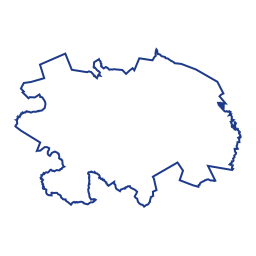 outline of Valle de Zaragoza, Chihuahua, Mexico
{"feature_id": "50627088B5175300489414", "entity_name": "Valle de Zaragoza", "entity_type": "district", "adm_level": 2, "iso_a3": "MEX", "parent_name": "Mexico", "parent_adm1": "Chihuahua", "projection": "orthographic", "projection_center": [-105.86, 27.48], "detail": "fine", "context": "isolated", "style": "outline", "palette": "blue", "viewbox_px": 256, "rotation_deg": 0, "n_neighbors": 0, "source": "geoboundaries", "source_scale": "gbopen_adm2", "svg_char_len": 5793}
<svg xmlns="http://www.w3.org/2000/svg" viewBox="0 0 256 256"><path d="M233.1,168.9L232.0,168.4L232.0,167.1L232.8,165.4L229.6,164.5L230.3,163.6L231.7,163.0L231.8,161.4L232.8,161.4L233.4,160.9L233.5,160.2L233.1,158.5L234.5,157.1L234.2,155.7L235.8,154.0L236.0,152.8L235.0,151.6L234.6,148.8L235.2,148.7L236.8,149.1L237.8,148.8L236.8,147.0L236.6,145.7L237.2,144.9L237.5,142.2L239.4,142.1L239.2,141.1L239.3,139.6L238.2,137.7L238.9,137.4L240.0,137.7L240.6,137.1L239.8,136.6L240.4,135.5L239.1,133.5L239.0,133.0L239.6,132.9L239.8,131.9L237.7,130.1L237.9,129.2L236.6,129.2L236.2,129.8L236.3,129.2L235.4,129.7L234.9,128.7L234.3,129.0L233.7,128.3L234.2,127.9L234.6,128.1L235.2,127.5L234.9,127.0L235.3,126.9L235.0,125.4L235.9,123.5L235.3,123.0L235.5,122.8L235.0,122.2L234.8,122.2L234.7,122.9L234.9,123.7L234.3,125.4L233.9,125.5L234.0,126.1L233.0,127.1L232.7,126.6L231.9,126.8L231.8,126.5L232.2,126.1L231.8,126.0L231.8,125.6L232.3,125.0L231.3,123.3L231.5,122.9L231.4,122.5L230.7,121.7L231.3,121.2L232.8,120.9L232.9,120.5L233.6,120.0L231.6,119.2L231.9,116.9L231.2,115.5L230.5,115.1L230.7,114.8L229.4,115.1L230.7,113.6L230.2,112.7L230.6,112.4L230.4,112.5L230.6,112.0L229.6,111.4L229.4,111.7L228.2,111.4L228.0,111.8L226.5,111.2L225.8,111.6L224.9,111.4L224.0,110.7L222.9,109.4L223.3,109.0L223.1,108.6L223.6,108.4L223.5,107.7L222.8,107.9L223.4,106.7L223.7,106.7L223.7,105.4L222.7,107.0L222.3,106.7L222.5,106.0L223.1,105.6L223.1,104.8L222.2,105.8L222.1,105.0L222.4,104.3L222.0,104.7L221.6,104.3L221.9,105.3L221.9,107.7L221.5,107.9L220.9,106.8L220.4,106.7L220.4,105.9L220.1,106.2L219.7,105.9L220.6,103.8L219.4,105.0L218.7,104.8L218.6,104.0L218.9,103.8L218.8,103.6L219.1,103.0L218.2,103.2L218.1,102.9L225.6,103.5L219.5,96.3L221.2,94.6L223.4,93.5L217.4,81.8L196.0,69.5L181.2,63.9L174.6,63.2L173.9,62.3L170.3,60.4L168.0,58.6L165.5,58.1L165.2,57.2L164.6,56.9L161.6,56.2L159.7,54.3L157.9,54.1L157.3,52.0L157.2,50.4L156.4,49.4L155.8,51.1L155.5,53.6L155.8,55.8L154.4,57.0L152.5,60.3L139.3,58.3L134.3,70.3L132.6,68.2L129.5,70.6L126.1,73.9L122.3,70.0L113.6,69.2L112.5,69.6L110.7,69.4L109.3,69.7L107.9,68.2L105.9,67.0L103.7,68.4L101.2,66.4L101.5,65.6L101.1,65.2L101.1,64.8L101.4,63.9L100.6,62.8L100.6,61.5L99.3,60.2L99.0,59.2L94.1,62.3L93.7,67.5L94.5,67.8L94.9,67.6L97.4,70.5L99.2,71.6L99.9,72.7L99.1,74.2L100.2,75.7L98.1,75.3L97.0,78.2L95.4,76.9L94.8,75.8L94.0,76.0L93.5,74.6L91.1,72.0L88.7,71.4L87.2,72.2L71.8,69.8L65.3,53.6L40.0,64.6L44.2,78.2L30.8,82.0L23.8,83.0L20.9,88.5L23.8,91.6L22.6,92.4L28.5,98.2L29.7,97.2L34.9,97.4L39.4,94.5L40.3,96.3L40.2,96.9L42.2,97.3L44.4,100.5L45.1,102.0L45.5,104.0L44.7,108.0L41.7,110.6L39.7,110.7L38.7,111.3L38.1,110.9L36.1,111.8L33.1,111.7L30.9,112.6L29.3,111.8L28.2,111.9L26.7,111.2L25.7,111.8L25.7,112.3L25.4,112.5L24.1,112.5L23.2,113.1L22.5,112.5L21.9,113.6L21.3,114.0L21.1,113.8L20.9,114.3L21.2,114.4L20.6,115.1L20.2,115.2L20.2,115.8L19.8,116.2L19.7,116.8L19.4,116.6L18.6,117.1L18.2,116.7L18.1,117.3L17.7,117.3L18.0,118.0L17.3,118.7L17.5,119.2L16.9,119.9L16.5,120.0L16.9,120.2L17.2,123.5L16.4,124.8L15.7,125.3L15.4,126.4L21.0,130.7L40.2,142.5L36.9,150.9L38.0,150.6L38.8,150.8L40.3,150.6L44.5,147.2L47.0,147.1L49.2,148.2L49.0,149.7L47.9,151.4L47.7,153.6L48.3,154.8L49.5,155.7L49.9,155.9L50.3,155.5L51.6,153.2L52.4,152.6L54.9,151.6L57.7,152.9L57.9,153.5L58.7,153.8L59.3,156.7L59.1,158.3L60.0,159.0L61.3,159.3L61.6,159.6L61.5,160.0L62.3,160.7L62.6,164.4L63.6,166.3L64.2,166.7L62.2,167.7L61.6,169.0L60.5,169.0L59.6,170.4L56.6,170.1L54.3,171.3L53.4,170.8L52.3,170.9L51.1,169.7L50.4,169.8L49.0,171.6L47.7,172.6L46.1,172.3L44.9,173.1L44.4,173.8L43.6,173.1L43.2,173.8L43.3,174.3L42.8,174.4L42.3,175.1L41.4,175.2L41.7,176.2L41.3,176.7L41.3,177.6L40.9,177.8L41.5,178.4L41.0,178.4L40.9,178.8L41.7,179.0L42.2,179.9L42.8,180.2L42.2,180.9L42.1,181.9L41.8,182.0L43.2,184.3L43.0,184.8L42.7,184.8L43.2,185.9L43.1,186.2L43.6,186.3L44.0,187.0L43.2,187.7L43.6,188.1L42.9,188.2L42.9,188.4L43.1,188.7L45.6,189.2L46.4,189.8L46.1,191.9L46.4,193.2L46.7,193.9L48.4,195.1L51.6,195.4L51.5,192.0L51.7,192.5L53.7,193.1L56.0,192.8L57.0,192.9L58.1,194.2L60.0,195.0L61.0,196.1L60.8,196.6L61.1,197.5L62.6,198.6L62.9,199.2L64.5,199.6L64.8,199.4L65.2,199.7L65.6,199.5L66.2,201.1L67.5,201.8L71.0,204.7L72.5,202.6L74.1,201.9L75.2,202.7L76.0,202.0L77.0,202.4L77.1,202.1L78.7,202.3L80.2,201.8L81.8,201.8L83.3,202.5L83.6,203.2L84.0,203.1L85.3,203.8L87.8,204.3L90.3,202.5L93.0,202.2L95.7,199.8L94.8,199.2L93.9,199.1L93.0,199.5L91.7,199.2L91.1,199.6L89.5,196.9L89.2,194.0L88.5,192.1L88.2,189.1L89.0,188.1L88.5,185.9L88.8,184.8L89.3,184.3L88.9,184.2L89.4,180.6L89.0,178.6L89.3,177.8L88.9,177.3L89.4,176.0L89.1,174.7L88.2,173.9L88.1,173.0L88.8,172.2L90.0,172.2L90.7,171.8L91.6,172.0L91.8,171.7L92.6,172.3L93.9,172.4L94.5,172.8L95.1,172.8L95.1,172.5L95.9,173.3L97.0,173.4L97.8,174.2L98.9,174.8L99.5,175.6L99.6,177.1L99.3,177.4L99.7,177.6L99.6,178.0L100.4,177.8L101.1,179.1L101.9,179.3L102.5,178.9L102.8,179.9L103.8,179.9L103.7,180.4L104.2,180.5L105.6,182.0L106.3,182.3L106.3,183.5L107.3,184.2L107.6,185.2L108.3,185.2L108.6,185.7L114.2,181.8L114.2,183.9L115.3,184.8L115.8,187.9L116.4,188.9L120.0,191.2L120.8,189.6L123.7,188.5L124.4,188.7L125.2,188.5L125.0,187.9L125.9,187.2L126.6,187.2L128.0,186.2L128.6,186.4L129.8,186.1L130.2,187.2L131.0,187.9L134.8,189.7L137.1,191.7L136.7,192.9L134.7,196.5L135.6,197.8L137.2,198.7L138.0,201.9L139.2,203.3L140.9,204.5L142.6,204.8L144.1,206.6L145.8,205.3L148.2,204.3L149.2,202.7L150.0,201.9L149.8,201.4L150.9,197.1L153.2,195.9L152.9,191.7L156.5,190.1L153.9,178.7L152.9,176.7L177.5,162.5L183.0,170.6L179.7,180.2L193.0,185.3L198.4,186.8L198.6,185.1L199.6,184.9L200.0,183.4L200.4,182.9L202.7,181.5L203.5,181.4L205.0,180.2L205.6,180.3L206.7,179.6L208.5,179.4L210.5,180.5L212.3,180.4L214.5,181.0L215.3,180.7L208.0,165.9L232.2,170.0L233.1,168.9Z" fill="none" stroke="#1e3a8a" stroke-width="2"/></svg>